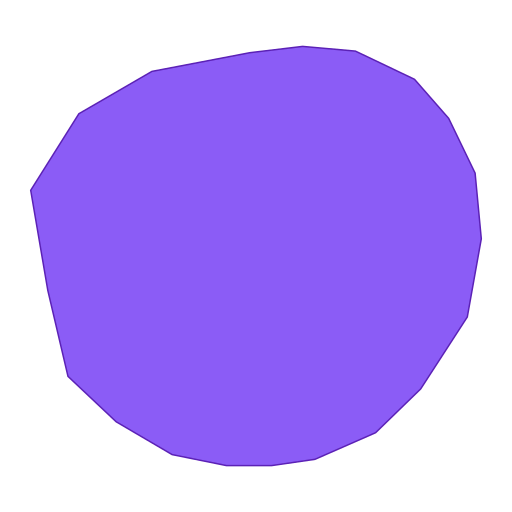 outline of Mangai, Bandundu, Democratic Republic of the Congo
{"feature_id": "63176286B5937777491698", "entity_name": "Mangai", "entity_type": "district", "adm_level": 2, "iso_a3": "COD", "parent_name": "Democratic Republic of the Congo", "parent_adm1": "Bandundu", "projection": "mercator", "projection_center": [19.533, -4.06], "detail": "fine", "context": "isolated", "style": "filled", "palette": "violet", "viewbox_px": 512, "rotation_deg": 0, "n_neighbors": 0, "source": "geoboundaries", "source_scale": "gbopen_adm2", "svg_char_len": 375}
<svg xmlns="http://www.w3.org/2000/svg" viewBox="0 0 512 512"><path d="M172.1,454.6L226.5,465.6L271.5,465.6L315.0,459.3L375.6,432.7L420.7,388.9L467.3,317.0L481.3,238.8L475.1,173.1L448.7,118.4L414.5,79.3L355.4,51.1L302.6,46.4L249.8,52.7L151.9,71.4L78.9,113.7L30.7,190.3L47.8,290.4L68.0,376.4L116.2,421.8L172.1,454.6Z" fill="#8b5cf6" stroke="#5b21b6" stroke-width="1.5"/></svg>